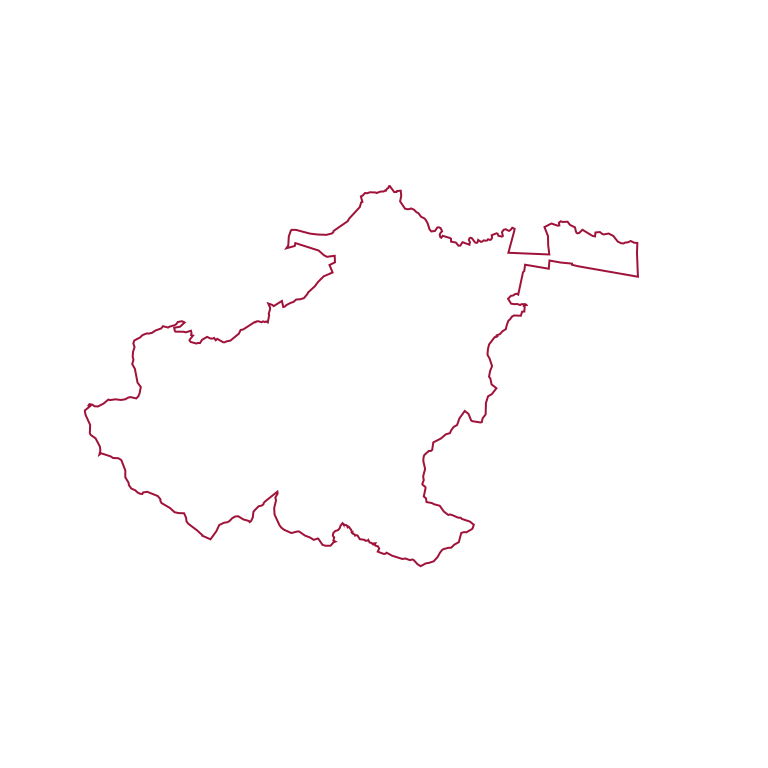 Rasnov, Brasov, Romania (Equal Earth projection), rotated 66°
{"feature_id": "2599482B99347531874723", "entity_name": "Rasnov", "entity_type": "district", "adm_level": 2, "iso_a3": "ROU", "parent_name": "Romania", "parent_adm1": "Brasov", "projection": "equal_earth", "projection_center": [25.475, 45.557], "detail": "fine", "context": "isolated", "style": "outline", "palette": "rose", "viewbox_px": 768, "rotation_deg": 66, "n_neighbors": 0, "source": "geoboundaries", "source_scale": "gbopen_adm2", "svg_char_len": 6162}
<svg xmlns="http://www.w3.org/2000/svg" viewBox="0 0 768 768"><g transform="rotate(66 384 384)"><path d="M539.2,450.2L544.1,446.5L551.3,438.4L552.1,435.5L555.5,431.9L555.8,429.5L556.9,428.5L562.4,426.6L565.3,424.6L564.9,418.7L565.7,415.7L566.2,410.8L563.9,405.4L560.9,401.5L559.3,398.5L559.0,396.9L559.9,391.6L560.9,389.2L559.4,385.3L558.9,380.0L551.5,374.0L551.9,370.9L553.0,369.2L552.3,362.4L551.6,361.5L549.1,359.2L544.6,361.5L538.9,367.8L537.4,368.3L536.2,370.7L531.4,375.1L530.0,376.8L529.8,378.5L524.9,381.2L517.9,382.6L514.2,387.2L512.2,388.7L509.2,393.1L505.4,392.2L502.9,393.4L495.9,388.3L494.8,388.1L491.6,389.8L490.7,389.5L488.0,386.8L484.3,385.8L478.3,381.0L470.3,379.4L467.2,377.8L465.3,376.1L463.4,370.4L464.2,368.4L463.8,366.8L457.4,362.7L456.9,353.9L455.1,348.0L455.7,343.7L453.7,341.5L451.6,338.0L451.2,333.9L446.1,329.1L441.5,321.2L445.5,319.0L452.8,319.2L453.9,318.4L458.4,311.5L458.6,310.2L455.4,307.8L453.1,303.5L442.8,298.6L437.6,294.0L437.1,289.6L433.6,283.0L428.1,285.9L422.3,284.6L420.1,285.1L415.3,281.8L411.6,278.0L403.7,277.2L399.4,277.6L394.3,274.8L390.6,271.9L386.4,264.3L386.1,262.5L386.6,262.5L386.6,261.1L385.4,261.0L385.6,257.9L384.0,254.3L383.4,250.3L380.1,247.9L376.8,244.6L376.1,242.4L374.5,239.8L374.3,237.3L377.3,231.2L374.1,228.4L374.9,226.3L370.1,223.8L369.5,224.6L368.6,224.0L369.8,221.7L369.5,221.7L368.4,222.7L367.0,226.0L367.2,227.5L365.0,229.9L364.3,232.1L362.3,235.2L356.6,236.0L355.1,232.2L355.7,229.8L355.2,228.1L355.5,226.0L356.9,225.0L338.5,211.6L337.7,209.8L332.4,206.6L345.7,186.6L338.5,182.6L344.9,173.2L350.5,163.3L351.5,163.8L355.1,159.2L389.3,108.4L367.2,99.6L358.2,95.2L356.6,98.1L353.7,100.5L353.8,103.4L352.9,106.3L353.0,108.1L351.8,110.2L349.0,112.5L342.0,114.3L337.9,117.6L336.8,122.3L335.8,123.5L333.0,125.0L331.6,129.2L335.0,131.2L333.6,133.2L323.8,140.0L325.4,144.2L325.1,145.9L324.3,146.6L322.4,146.6L318.6,145.8L314.3,149.4L310.4,150.3L308.7,154.8L307.3,156.3L307.8,158.6L310.4,159.3L310.1,160.8L305.5,165.8L305.9,173.6L315.5,174.0L324.1,177.6L332.9,180.3L314.7,217.0L297.1,202.7L295.3,201.6L293.4,203.3L294.8,205.8L295.0,207.5L292.1,209.9L291.8,212.0L293.3,214.5L297.1,215.2L297.3,216.4L295.1,219.2L293.0,219.1L292.1,219.9L291.9,225.1L294.1,225.7L295.5,227.1L295.5,228.6L294.1,230.1L294.8,231.5L294.6,232.6L293.3,234.5L293.8,236.2L293.6,237.6L290.7,239.4L292.7,241.0L292.8,241.9L291.8,243.2L286.4,244.5L285.5,245.7L285.7,246.7L286.9,247.9L289.3,247.8L291.5,249.3L286.4,254.6L288.6,258.0L288.0,259.7L284.0,260.8L281.2,264.8L278.6,263.7L277.6,264.2L272.5,270.1L273.7,272.2L272.9,272.8L270.4,272.5L269.0,271.0L268.1,268.8L264.6,268.9L263.2,270.1L262.7,271.5L264.9,275.2L263.9,278.7L261.2,279.5L255.2,278.8L251.0,279.1L249.0,279.8L246.4,282.1L241.8,283.1L240.3,284.5L237.1,285.6L235.1,287.4L234.5,288.2L234.7,289.2L233.9,291.5L232.4,293.5L223.7,295.0L219.1,291.7L214.2,290.1L213.0,293.6L213.7,294.4L212.8,296.6L205.5,298.2L205.4,299.2L206.7,300.2L206.8,301.7L208.2,303.7L207.6,304.1L208.0,306.0L206.8,308.9L206.5,313.2L205.7,313.6L203.1,318.9L202.9,321.8L201.8,323.6L203.2,327.0L203.2,328.8L208.9,329.7L208.8,331.0L212.5,334.1L218.7,348.5L220.5,350.9L223.7,367.9L224.8,368.7L225.3,370.3L224.3,376.0L220.3,384.1L216.4,390.6L207.5,401.6L205.6,405.6L205.9,406.6L210.4,410.9L218.5,415.1L220.3,418.0L221.6,409.4L219.2,407.7L235.5,389.4L241.9,386.5L244.6,384.4L246.8,376.9L252.9,379.3L253.1,385.4L261.2,385.6L261.1,395.3L263.9,402.6L266.6,407.5L269.5,416.2L270.6,417.3L273.0,422.3L272.5,426.1L271.1,429.9L272.2,433.3L271.9,436.6L272.2,441.3L272.9,442.8L272.7,444.7L266.6,443.5L268.0,453.1L266.3,453.9L263.4,457.0L267.7,457.0L269.3,457.6L273.0,460.8L274.2,460.8L280.5,465.1L278.9,466.3L278.9,467.7L277.6,469.0L277.8,470.7L275.6,473.2L274.9,475.2L275.4,476.2L274.8,477.0L276.9,490.5L276.3,493.0L279.0,496.1L281.9,506.7L281.0,510.3L281.1,512.5L280.5,513.9L274.9,518.0L275.6,519.9L272.8,520.5L272.9,521.8L271.9,524.0L269.0,526.4L269.6,532.2L271.8,535.5L270.8,537.4L270.8,538.8L267.0,543.5L265.3,544.0L264.5,543.5L262.1,538.8L260.9,540.3L259.1,539.1L256.8,538.7L256.2,544.0L254.8,545.7L251.4,553.1L250.4,553.5L247.3,552.8L248.7,547.0L246.7,541.1L244.5,543.0L243.5,547.1L244.9,549.5L245.1,551.4L244.4,556.5L244.6,558.3L241.3,562.4L242.6,564.9L242.2,570.9L242.9,575.2L242.3,578.4L241.3,580.0L241.1,584.7L242.3,588.0L242.7,594.4L245.0,596.5L248.7,596.8L252.7,600.3L256.9,602.5L259.9,603.0L263.4,605.9L268.8,605.4L282.5,608.6L287.8,607.4L292.8,610.8L295.4,613.5L296.4,616.2L292.8,621.0L292.4,623.0L292.7,626.7L291.6,630.8L288.7,635.7L287.2,641.1L286.1,642.1L287.8,648.1L288.2,654.4L286.6,657.5L284.3,658.8L282.6,661.3L283.5,662.7L284.7,661.5L286.5,668.0L287.3,668.4L290.9,669.2L301.9,669.1L309.2,672.7L311.1,672.7L316.4,669.6L325.5,669.0L329.3,670.1L332.8,672.8L332.3,670.5L338.9,663.2L341.4,661.6L343.8,656.8L346.7,654.9L357.9,655.5L364.0,658.3L370.3,657.5L372.5,658.2L376.7,657.4L379.9,654.5L383.0,653.2L385.0,651.5L386.2,649.6L385.1,648.1L386.2,644.1L394.4,636.2L398.5,635.1L399.5,635.8L402.2,635.7L410.3,629.9L415.9,627.5L418.3,624.3L420.8,619.2L425.6,619.2L429.2,620.3L431.9,619.7L441.5,614.4L448.3,611.4L448.7,611.7L455.3,605.7L450.3,597.0L445.8,591.9L445.7,586.6L446.6,583.1L446.3,580.7L444.9,577.4L444.5,573.9L445.6,570.9L450.5,567.6L454.1,563.2L455.5,562.9L455.1,561.2L452.5,558.1L447.7,555.3L446.8,553.6L444.7,548.3L445.3,545.2L445.0,543.2L443.8,542.3L442.9,540.3L439.0,525.2L440.9,525.8L443.6,529.5L446.3,529.9L452.7,534.8L458.8,537.1L470.6,536.9L473.3,536.3L476.5,534.6L482.5,529.2L483.5,523.0L484.3,521.5L490.4,517.8L494.3,513.9L497.8,511.6L498.2,507.3L498.7,506.9L505.9,505.6L508.0,503.2L510.0,498.6L508.1,494.5L508.2,492.5L506.4,493.9L503.9,491.9L501.8,492.5L499.5,490.9L498.5,488.4L498.8,485.3L497.5,482.8L495.8,481.4L494.3,478.6L495.6,478.3L494.6,478.0L496.5,477.7L497.8,475.6L500.2,475.4L499.9,474.3L503.5,473.4L505.6,473.4L506.4,474.0L506.9,473.8L506.7,473.0L508.0,473.4L509.6,472.0L510.7,472.1L510.8,471.0L511.6,469.8L515.9,469.2L518.5,465.1L519.7,464.7L520.5,462.5L520.1,461.8L522.9,461.6L524.2,460.0L526.0,459.3L525.4,458.6L526.0,456.6L527.1,457.8L528.1,457.6L530.0,455.5L532.3,455.3L534.6,457.9L539.0,453.5L539.7,451.8L539.2,450.2Z" fill="none" stroke="#9f1239" stroke-width="2"/></g></svg>